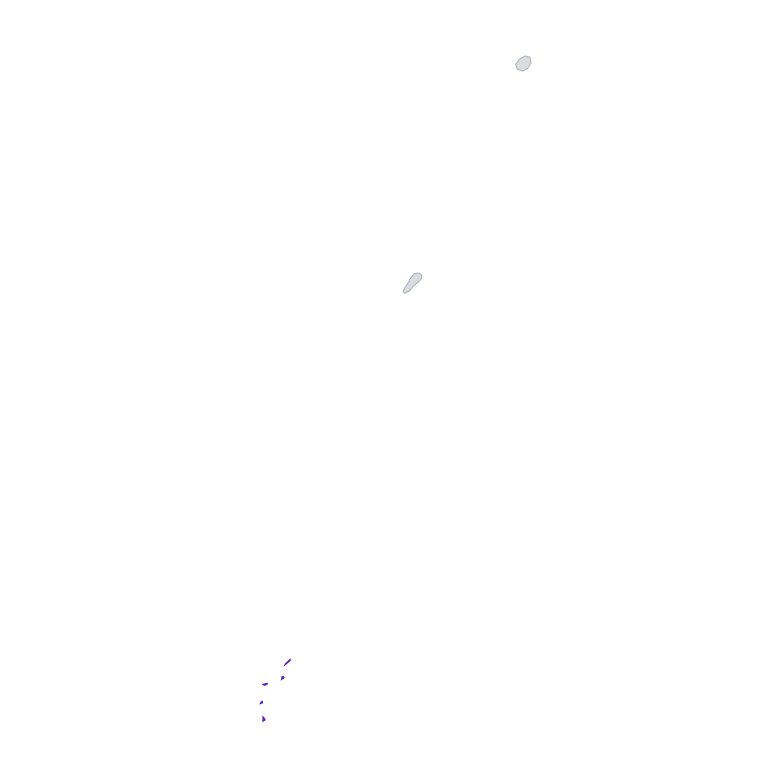 Maldives, with Noonu highlighted, rotated 202°
{"feature_id": "MDV-5227", "entity_name": "Noonu", "entity_type": "Atoll", "adm_level": 1, "iso_a3": "MDV", "parent_name": "Maldives", "parent_adm1": "", "projection": "natural_earth1", "projection_center": [73.406, 5.842], "detail": "fine", "context": "in_parent", "style": "filled", "palette": "violet", "viewbox_px": 768, "rotation_deg": 202, "n_neighbors": 0, "source": "natural_earth", "source_scale": "10m", "svg_char_len": 898}
<svg xmlns="http://www.w3.org/2000/svg" viewBox="0 0 768 768"><g transform="rotate(202 384 384)"><path d="M397.4,497.6L393.5,500.0L389.9,499.1L388.6,496.0L390.4,491.4L393.5,485.6L395.6,479.3L398.7,475.9L401.1,477.0L400.8,480.6L399.7,485.5L399.0,491.8L397.4,497.6ZM375.9,741.1L371.1,741.6L368.1,737.1L368.8,730.6L372.5,726.1L378.4,725.8L381.8,729.8L380.0,736.2L375.9,741.1Z" fill="#d9dde1" stroke="#a8b0b8" stroke-width="1"/><path d="M369.9,26.4L371.1,29.7L369.2,28.6L368.7,27.9L369.9,26.4ZM383.4,60.2L379.8,62.8L379.7,62.9L380.9,60.9L381.9,60.1L382.6,60.0L383.4,60.2ZM368.2,72.2L368.3,73.0L368.6,73.7L368.7,74.3L367.8,75.0L366.9,74.2L367.1,73.6L367.7,73.0L368.2,72.2ZM370.5,87.1L370.5,87.4L367.8,93.2L367.6,93.0L368.2,91.2L370.5,87.1ZM378.7,41.8L378.6,42.5L378.6,43.2L378.6,43.6L378.1,43.9L377.4,43.0L377.6,42.6L378.1,42.3L378.7,41.8Z" fill="#8b5cf6" stroke="#5b21b6" stroke-width="1.5"/></g></svg>